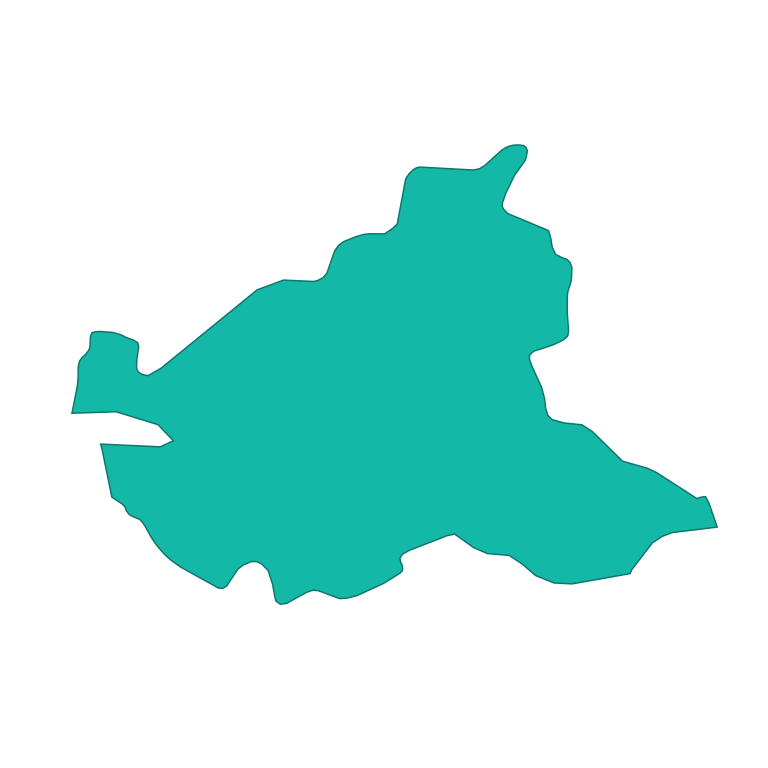 the State of Hamburg, rotated 353°
{"feature_id": "DEU-1578", "entity_name": "Hamburg", "entity_type": "State", "adm_level": 1, "iso_a3": "DEU", "parent_name": "Germany", "parent_adm1": "", "projection": "natural_earth1", "projection_center": [10.019, 53.566], "detail": "fine", "context": "isolated", "style": "filled", "palette": "teal", "viewbox_px": 768, "rotation_deg": 353, "n_neighbors": 0, "source": "natural_earth", "source_scale": "10m", "svg_char_len": 2292}
<svg xmlns="http://www.w3.org/2000/svg" viewBox="0 0 768 768"><g transform="rotate(353 384 384)"><path d="M95.4,409.1L154.1,419.1L168.0,414.7L154.7,396.8L114.7,378.9L70.7,375.0L70.8,374.8L79.4,348.5L81.2,340.2L82.4,331.1L83.5,326.7L84.9,323.8L87.2,321.3L91.5,318.1L94.8,314.8L96.6,311.7L98.3,301.5L100.3,297.6L103.7,296.9L108.9,297.3L121.3,299.8L130.2,303.8L132.5,305.7L141.3,310.3L144.6,313.0L145.1,316.9L141.9,328.6L140.8,334.9L140.4,338.8L141.3,341.4L142.4,342.8L143.6,343.9L145.1,344.9L147.2,345.9L151.0,346.9L164.4,341.3L269.7,275.0L296.9,268.6L326.3,273.6L330.4,273.3L336.4,271.1L340.8,267.1L351.1,246.1L355.9,240.8L361.7,237.6L374.8,234.2L382.2,233.1L388.8,233.2L402.9,235.1L411.3,230.8L416.6,226.9L430.5,183.1L434.6,178.3L439.2,174.9L441.7,173.7L443.4,173.2L446.2,173.1L498.8,182.5L504.9,182.0L510.8,179.3L529.5,166.1L535.7,163.5L541.1,162.7L546.9,163.1L551.7,164.4L553.7,166.4L554.8,169.9L552.7,176.5L550.9,179.9L538.8,193.0L528.2,209.5L523.9,218.0L522.8,221.9L524.1,225.2L527.6,229.9L565.5,251.5L566.1,252.2L567.3,259.5L567.6,268.4L570.1,276.2L575.9,280.2L580.5,282.4L583.4,285.8L584.7,291.4L583.0,301.7L581.7,306.2L578.3,313.3L576.8,318.1L574.6,335.2L573.7,353.7L572.8,357.2L571.9,358.9L569.7,360.7L566.9,362.3L556.2,365.9L537.1,369.6L534.3,371.1L531.9,373.4L531.5,377.8L532.9,384.0L540.0,406.4L541.6,418.3L541.5,427.8L542.7,434.7L546.3,439.7L557.9,444.6L575.4,448.6L584.9,456.5L611.4,489.7L635.1,499.7L643.7,505.1L680.9,536.1L681.7,535.6L683.3,535.2L687.5,534.8L689.5,535.1L692.1,542.2L697.3,566.6L651.8,566.6L641.8,569.1L631.2,574.2L607.4,598.4L605.1,602.2L546.3,605.3L528.5,602.2L511.1,592.6L499.9,580.2L487.4,569.4L465.9,564.9L452.9,557.2L435.9,541.6L428.3,542.2L388.5,552.3L381.7,555.2L378.6,558.7L378.7,561.1L379.2,564.0L379.9,566.0L380.1,568.6L379.6,571.3L376.9,573.7L359.2,581.9L331.5,590.7L320.8,592.1L313.5,591.5L293.8,581.2L288.4,580.0L281.8,581.3L260.6,589.9L254.2,589.9L250.4,586.5L249.7,581.8L249.0,569.1L246.2,554.8L240.5,547.5L235.8,544.7L230.6,544.1L222.0,546.6L216.4,550.0L203.1,565.5L199.0,567.1L194.7,566.3L159.8,540.9L151.5,533.3L145.0,525.9L138.8,516.5L134.5,508.3L129.5,495.9L127.0,491.1L124.6,488.3L118.0,484.7L115.0,482.2L113.2,479.0L111.7,474.2L109.5,471.2L100.1,463.2L96.2,414.5L95.4,409.1Z" fill="#14b8a6" stroke="#0f766e" stroke-width="1.5"/></g></svg>